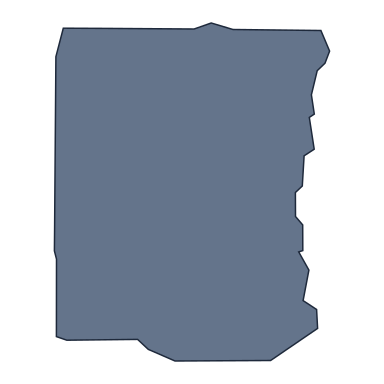 the district of Meriwether, Georgia, United States of America
{"feature_id": "52423323B31070060965001", "entity_name": "Meriwether", "entity_type": "district", "adm_level": 2, "iso_a3": "USA", "parent_name": "United States of America", "parent_adm1": "Georgia", "projection": "mercator", "projection_center": [-84.624, 33.037], "detail": "fine", "context": "isolated", "style": "filled", "palette": "slate", "viewbox_px": 384, "rotation_deg": 0, "n_neighbors": 0, "source": "geoboundaries", "source_scale": "gbopen_adm2", "svg_char_len": 533}
<svg xmlns="http://www.w3.org/2000/svg" viewBox="0 0 384 384"><path d="M320.9,30.5L233.0,29.5L211.2,23.0L194.1,29.0L105.3,28.4L63.3,28.2L55.9,56.7L54.6,228.6L54.4,250.9L56.5,259.1L56.4,336.6L66.8,340.2L137.6,339.4L148.3,349.4L175.0,361.0L270.6,360.5L317.6,328.4L316.6,309.5L303.1,300.6L308.9,270.1L298.7,251.9L302.8,250.6L302.7,224.9L295.5,216.5L295.4,192.5L302.3,186.0L304.1,155.8L314.2,149.2L309.3,117.4L314.3,114.1L311.4,94.8L317.2,70.7L325.0,63.2L329.6,51.1L320.9,30.5Z" fill="#64748b" stroke="#1e293b" stroke-width="1.5"/></svg>